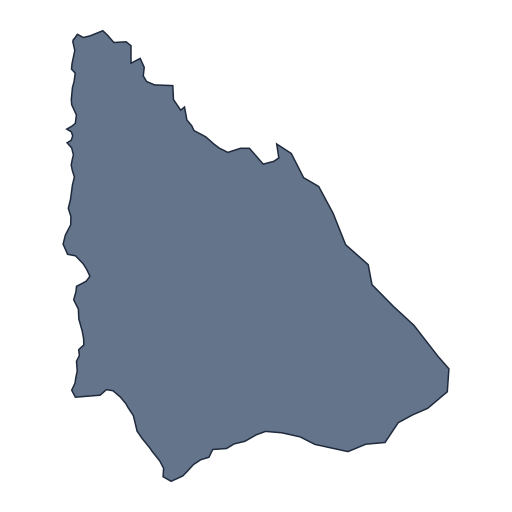 Chloraka, Paphos, Cyprus (Equal Earth projection)
{"feature_id": "46923920B26548311367077", "entity_name": "Chloraka", "entity_type": "district", "adm_level": 2, "iso_a3": "CYP", "parent_name": "Cyprus", "parent_adm1": "Paphos", "projection": "equal_earth", "projection_center": [32.401, 34.799], "detail": "fine", "context": "isolated", "style": "filled", "palette": "slate", "viewbox_px": 512, "rotation_deg": 0, "n_neighbors": 0, "source": "geoboundaries", "source_scale": "gbopen_adm2", "svg_char_len": 1699}
<svg xmlns="http://www.w3.org/2000/svg" viewBox="0 0 512 512"><path d="M73.6,38.8L72.8,41.6L74.8,50.4L73.4,57.1L72.1,63.2L71.5,69.1L75.2,73.1L74.1,81.5L72.5,87.3L71.3,99.3L71.7,104.7L76.4,115.0L75.3,123.4L71.7,126.3L66.7,129.1L71.3,131.8L72.7,135.9L71.2,140.3L67.1,142.8L71.7,148.0L73.4,154.8L72.3,159.4L71.2,165.0L72.3,170.4L74.4,176.9L72.4,185.2L70.5,199.4L68.3,208.3L70.9,216.5L70.7,224.8L65.4,235.0L63.1,244.1L67.6,254.3L75.5,255.8L83.1,263.7L86.7,269.4L89.9,276.2L86.3,281.1L81.2,283.9L76.5,286.3L76.0,291.4L73.7,299.8L78.4,309.2L78.8,318.9L82.3,331.4L83.6,338.6L83.8,344.9L78.7,349.7L79.4,355.5L76.5,361.3L77.2,371.1L75.9,377.2L75.0,383.2L71.7,390.2L75.4,397.2L100.1,395.2L106.3,389.7L112.9,390.7L120.2,396.9L125.9,403.7L128.3,408.0L133.4,415.7L137.1,431.2L142.2,438.6L150.1,448.3L152.3,451.6L159.8,461.0L163.6,468.3L163.1,476.7L163.2,476.8L171.1,481.3L182.7,476.0L187.4,471.2L193.3,464.7L200.6,459.8L209.0,457.2L212.7,449.5L226.6,448.5L234.1,443.9L244.9,441.3L256.3,434.8L265.6,431.4L281.9,432.8L300.2,436.9L314.9,444.4L348.0,451.6L365.8,444.2L385.0,442.5L398.2,422.7L412.7,414.8L427.7,408.3L443.8,394.7L447.3,391.8L448.9,368.8L438.1,356.5L413.9,325.3L393.5,306.5L372.0,284.7L368.2,264.7L345.6,244.7L333.2,213.5L318.7,186.5L303.6,177.7L291.3,153.5L276.7,144.0L278.8,157.9L273.9,161.3L263.2,164.1L249.4,148.3L240.5,148.3L227.8,152.4L219.1,148.0L214.1,144.2L205.7,136.8L194.0,130.6L191.7,125.7L186.9,120.0L184.5,107.0L180.7,110.2L173.5,99.6L172.8,85.6L154.5,84.9L146.6,81.5L143.3,76.0L144.2,67.3L140.2,58.4L131.0,63.2L131.0,57.7L131.0,45.7L126.1,41.8L113.8,42.5L107.8,35.5L102.8,30.7L90.2,35.8L83.4,37.5L77.4,34.3L73.7,39.6L73.6,38.8Z" fill="#64748b" stroke="#1e293b" stroke-width="1.5"/></svg>